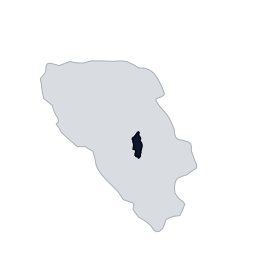 Chhume, Bumthang, Bhutan shown in context, rotated 51°
{"feature_id": "84629894B49965990869274", "entity_name": "Chhume", "entity_type": "district", "adm_level": 2, "iso_a3": "BTN", "parent_name": "Bhutan", "parent_adm1": "Bumthang", "projection": "mercator", "projection_center": [90.767, 27.465], "detail": "fine", "context": "in_parent", "style": "filled", "palette": "ink", "viewbox_px": 256, "rotation_deg": 51, "n_neighbors": 0, "source": "geoboundaries", "source_scale": "gbopen_adm2", "svg_char_len": 4679}
<svg xmlns="http://www.w3.org/2000/svg" viewBox="0 0 256 256"><g transform="rotate(51 128 128)"><path d="M201.5,111.0L201.1,112.5L199.4,116.6L198.3,121.1L199.3,124.7L203.1,129.1L208.2,132.5L214.7,132.8L220.7,131.5L223.1,132.0L226.4,137.8L228.7,142.8L225.5,148.0L223.8,152.5L223.2,155.7L223.6,157.1L225.5,159.7L227.8,164.2L228.1,168.3L226.7,170.9L223.6,172.3L220.3,171.9L217.6,171.9L214.2,172.4L208.8,173.9L203.9,175.9L194.6,175.5L190.9,171.5L189.2,171.5L180.7,176.7L171.5,175.8L154.8,177.5L147.8,177.9L140.6,177.3L137.0,176.2L130.2,172.6L124.1,169.9L117.8,172.3L115.7,172.8L110.7,179.1L99.8,181.1L89.0,182.6L85.8,181.8L79.8,181.4L79.5,180.0L79.7,178.6L78.3,177.4L75.9,176.3L71.6,175.8L66.2,174.2L63.0,172.7L52.0,174.9L45.5,171.6L38.2,167.1L34.5,165.1L33.1,158.1L31.8,155.8L28.9,153.4L27.3,150.6L28.6,147.7L35.9,142.4L36.5,141.1L39.9,131.1L44.6,127.4L49.2,122.3L52.7,114.3L59.5,106.0L66.9,97.5L72.0,90.5L75.4,87.3L82.3,83.8L88.2,81.8L92.2,77.1L97.1,74.5L102.1,73.4L109.5,74.0L116.5,75.6L124.2,78.0L125.1,79.8L124.5,83.1L123.3,86.5L123.3,88.2L124.5,89.1L132.0,89.8L141.2,89.3L146.3,89.7L157.8,92.8L161.2,95.0L164.7,96.7L168.1,96.4L172.5,92.8L177.1,89.8L179.9,89.3L181.9,90.2L185.6,93.1L193.2,95.9L199.9,97.9L202.1,99.8L201.4,108.2L201.5,111.0Z" fill="#d9dde1" stroke="#a8b0b8" stroke-width="1"/><path d="M137.5,122.5L137.5,122.9L137.5,123.1L137.5,123.5L137.6,123.8L137.6,124.0L137.6,124.3L137.7,124.5L137.8,124.7L137.9,124.9L137.9,125.0L138.1,125.2L138.1,125.3L138.0,125.5L138.1,125.9L138.2,126.1L138.2,126.3L138.4,126.5L138.5,126.7L138.6,126.8L138.6,127.1L138.6,127.3L138.5,127.6L138.7,127.8L138.7,128.1L138.8,128.1L138.8,128.3L139.0,128.5L138.9,128.6L138.9,128.9L138.9,129.1L139.0,129.2L139.1,129.5L138.9,129.7L138.6,129.9L138.6,130.0L138.7,130.3L138.7,130.5L138.8,130.6L138.8,130.8L138.8,131.0L139.0,131.3L139.1,131.5L139.3,131.6L139.7,131.9L139.9,131.9L140.0,131.9L140.3,131.9L140.6,131.9L140.8,131.8L141.0,131.8L141.4,132.0L141.6,132.1L141.6,132.3L141.6,132.5L141.7,132.8L141.9,132.8L142.0,132.9L142.1,133.0L142.3,133.0L142.7,133.2L142.8,133.2L143.4,133.3L143.7,133.6L143.8,133.6L144.0,133.7L144.5,133.8L144.6,134.0L144.9,134.3L145.0,134.4L145.0,134.5L145.3,134.7L145.6,134.9L145.7,135.0L145.8,135.1L146.0,135.4L146.0,135.6L146.1,135.8L146.3,135.9L146.5,135.9L146.5,136.0L146.7,136.3L146.8,136.4L147.1,136.4L147.2,136.5L147.3,136.6L147.3,136.8L147.3,137.0L147.6,137.3L147.7,137.2L147.8,137.2L148.1,137.0L148.1,136.9L148.2,136.7L148.3,136.5L148.5,136.4L148.9,136.3L149.0,136.2L149.2,136.3L149.3,136.3L149.4,136.2L149.7,136.2L149.9,136.2L150.0,136.2L150.2,136.3L150.3,136.3L150.5,136.3L150.9,136.4L151.0,136.4L151.1,136.6L151.2,136.8L151.3,136.8L151.4,137.1L151.6,137.2L151.6,137.3L151.8,137.3L152.0,137.4L152.0,137.5L152.3,137.7L152.2,137.8L152.2,138.0L152.3,138.2L152.3,138.3L152.5,138.5L152.7,138.9L152.8,138.9L153.0,139.0L153.3,139.3L153.4,139.6L153.6,139.6L153.8,139.3L154.0,139.3L154.3,139.3L154.5,139.2L154.6,139.3L154.7,139.5L154.8,139.5L155.0,139.7L155.3,139.6L155.6,139.4L155.7,139.2L155.9,139.1L156.0,139.0L156.2,138.9L156.3,138.9L156.5,138.8L156.5,138.7L157.0,138.6L157.3,138.7L157.5,138.7L157.9,138.7L158.0,138.6L158.1,138.4L158.1,138.1L158.2,137.8L158.1,137.7L157.9,137.6L157.9,137.4L157.9,137.2L157.7,136.9L157.6,136.7L157.6,136.4L157.4,136.3L157.4,136.2L157.2,136.2L157.1,135.9L157.0,135.6L156.9,135.5L156.7,135.5L156.7,135.4L156.5,135.2L156.4,135.1L156.1,135.0L156.0,134.9L155.9,134.8L155.9,134.7L155.7,134.4L155.6,134.2L155.5,133.9L155.4,133.7L155.2,133.6L155.1,133.4L155.0,133.2L154.8,133.1L154.7,133.1L154.4,133.0L154.3,132.9L154.2,132.8L154.1,132.7L153.9,132.4L153.7,132.3L153.7,132.2L153.4,132.2L153.1,131.8L153.1,131.7L153.2,131.4L153.1,131.2L152.9,131.1L152.6,131.0L152.5,130.8L152.5,130.7L152.4,130.6L152.3,130.2L152.2,130.1L152.0,129.9L151.9,129.8L151.9,129.7L151.7,129.6L151.5,129.4L151.5,129.1L151.4,129.0L151.3,128.9L151.2,128.9L151.0,128.7L150.8,128.5L150.7,128.5L150.5,128.3L150.3,128.1L150.2,127.9L149.9,127.9L149.6,127.6L149.4,127.5L149.2,127.4L148.9,127.3L148.5,127.2L148.2,127.1L147.9,127.0L147.8,126.9L147.6,126.8L147.4,126.9L147.0,126.8L146.6,126.9L146.4,126.9L145.9,126.8L145.7,126.8L145.5,126.7L145.4,126.7L145.2,126.4L144.9,126.2L144.7,126.0L144.7,125.9L144.5,125.4L144.4,125.4L144.2,125.0L144.1,124.9L143.8,124.7L143.7,124.7L143.4,124.5L143.1,124.5L142.9,124.4L142.7,124.4L142.4,124.5L142.2,124.5L141.9,124.5L141.7,124.5L141.4,124.3L141.2,124.3L140.6,124.3L140.4,124.3L140.2,124.2L139.9,124.0L139.9,123.9L139.7,123.7L139.4,123.4L139.3,123.2L139.1,123.2L138.9,122.9L138.8,122.7L138.7,122.5L138.6,122.4L138.4,122.2L138.2,122.3L137.9,122.4L137.8,122.5L137.7,122.5L137.5,122.5Z" fill="#0f172a" stroke="#020617" stroke-width="1.5"/></g></svg>